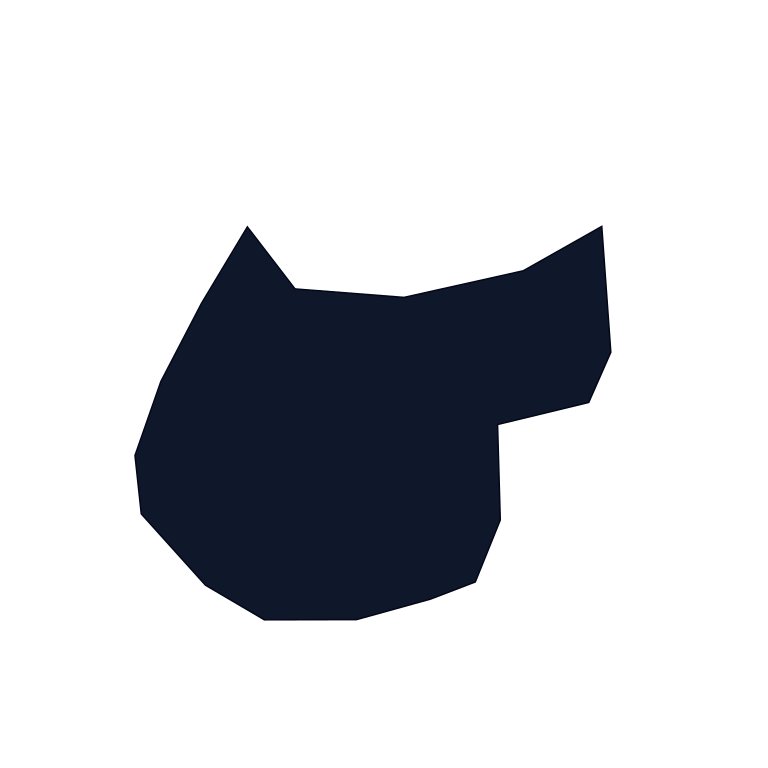 an SVG outline of Bangui, rotated 228°
{"feature_id": "CAF-1460", "entity_name": "Bangui", "entity_type": "Autonomous Commune", "adm_level": 1, "iso_a3": "CAF", "parent_name": "Central African Republic", "parent_adm1": "", "projection": "mercator", "projection_center": [18.542, 4.372], "detail": "fine", "context": "isolated", "style": "filled", "palette": "ink", "viewbox_px": 768, "rotation_deg": 228, "n_neighbors": 0, "source": "natural_earth", "source_scale": "10m", "svg_char_len": 399}
<svg xmlns="http://www.w3.org/2000/svg" viewBox="0 0 768 768"><g transform="rotate(228 384 384)"><path d="M592.2,387.6L514.2,381.5L435.0,456.8L375.0,563.2L355.4,651.3L255.8,573.8L233.3,523.8L277.9,441.3L205.1,379.4L175.8,319.4L193.0,274.7L227.3,205.9L288.8,137.3L353.9,116.7L449.9,116.7L497.5,151.1L535.2,219.9L566.1,302.4L592.2,387.6Z" fill="#0f172a" stroke="#020617" stroke-width="1.5"/></g></svg>